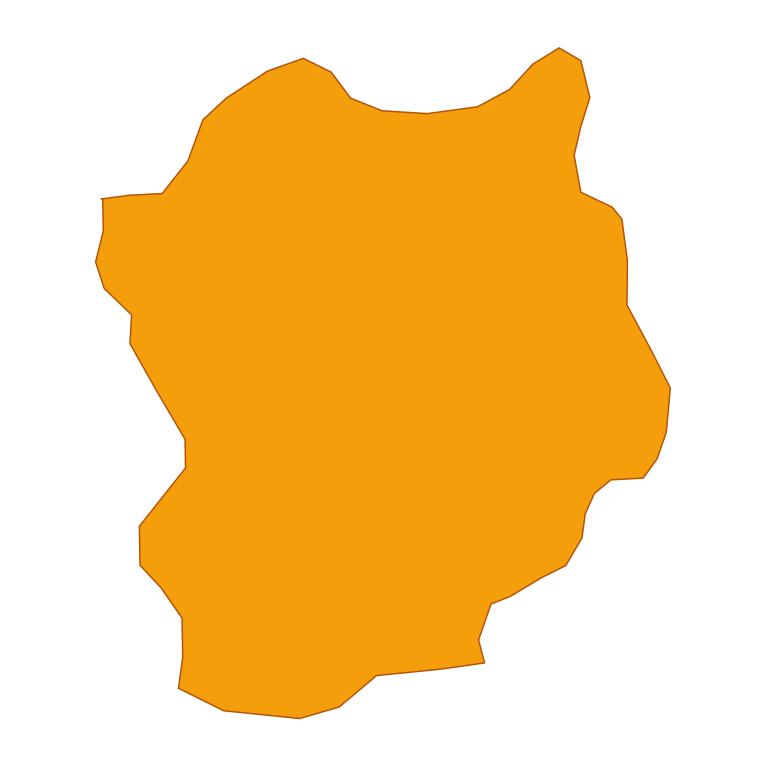 the district of Markaryd, Kronoberg, Sweden, rotated 359°
{"feature_id": "70781695B56962203648696", "entity_name": "Markaryd", "entity_type": "district", "adm_level": 2, "iso_a3": "SWE", "parent_name": "Sweden", "parent_adm1": "Kronoberg", "projection": "mercator", "projection_center": [13.654, 56.563], "detail": "fine", "context": "isolated", "style": "filled", "palette": "amber", "viewbox_px": 768, "rotation_deg": 359, "n_neighbors": 0, "source": "geoboundaries", "source_scale": "gbopen_adm2", "svg_char_len": 929}
<svg xmlns="http://www.w3.org/2000/svg" viewBox="0 0 768 768"><g transform="rotate(359 384 384)"><path d="M315.5,711.1L333.6,706.1L371.5,675.4L436.5,670.0L478.9,664.7L479.7,664.6L474.1,641.6L487.2,605.8L506.4,598.6L537.5,580.7L562.6,568.7L579.3,541.2L582.9,517.3L592.5,497.0L609.2,483.8L641.5,482.6L655.8,463.5L665.4,437.2L670.2,393.0L652.2,355.9L628.3,309.3L629.5,265.0L624.7,223.2L621.6,219.3L615.2,211.2L584.1,195.7L578.1,158.6L585.3,129.9L594.8,101.2L586.5,64.2L565.0,51.0L538.7,66.6L514.7,91.7L482.5,108.4L432.2,114.4L386.8,110.8L355.7,97.7L336.6,71.3L309.1,57.0L273.2,69.0L231.4,95.3L207.5,116.8L191.9,157.4L165.6,189.7L132.2,190.9L104.8,194.0L106.0,195.3L106.0,226.1L97.8,257.0L106.0,283.7L132.8,310.4L130.7,339.2L157.4,388.5L184.1,435.7L184.1,464.5L136.9,522.0L136.9,561.1L157.4,583.7L178.0,614.5L178.0,653.5L173.2,684.7L218.0,707.9L293.8,717.0L315.5,711.1Z" fill="#f59e0b" stroke="#b45309" stroke-width="1.5"/></g></svg>